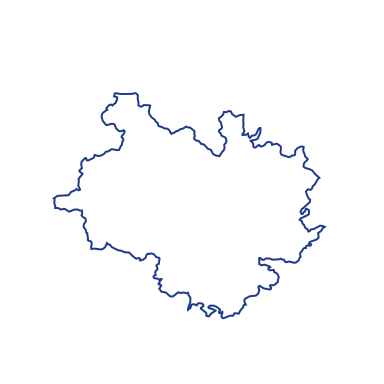 the border of Guizhou, rotated 49°
{"feature_id": "CHN-1153", "entity_name": "Guizhou", "entity_type": "Province", "adm_level": 1, "iso_a3": "CHN", "parent_name": "China", "parent_adm1": "", "projection": "robinson", "projection_center": [106.929, 26.939], "detail": "fine", "context": "isolated", "style": "outline", "palette": "blue", "viewbox_px": 384, "rotation_deg": 49, "n_neighbors": 0, "source": "natural_earth", "source_scale": "10m", "svg_char_len": 6077}
<svg xmlns="http://www.w3.org/2000/svg" viewBox="0 0 384 384"><g transform="rotate(49 192 192)"><path d="M231.4,78.2L233.2,80.5L234.9,81.5L237.1,82.1L239.2,83.2L243.2,83.1L243.5,84.1L243.7,88.3L245.4,90.7L246.2,91.2L248.2,90.7L252.1,88.2L254.8,87.1L259.5,87.3L264.9,86.6L264.8,88.1L265.2,90.0L266.8,94.3L266.9,97.2L268.1,99.4L268.3,100.4L268.0,101.3L266.4,102.3L266.0,103.1L266.4,105.6L269.6,107.2L272.9,108.0L274.0,108.2L275.2,107.8L276.9,109.7L277.1,118.6L276.9,120.1L278.1,123.1L280.3,123.7L281.2,123.0L280.6,121.4L280.8,119.4L279.5,117.3L279.9,116.4L282.5,115.7L285.4,118.3L285.4,119.5L283.2,127.7L283.6,129.0L285.9,128.2L288.5,129.3L290.4,129.0L292.5,129.8L294.2,129.9L295.6,129.2L298.2,130.1L298.7,128.9L298.3,126.7L299.8,124.5L301.5,117.4L303.2,115.8L305.4,114.7L305.1,116.9L306.1,120.4L305.7,123.7L308.9,125.9L309.5,126.6L309.7,127.4L309.6,129.3L307.1,135.5L307.2,136.8L307.6,137.4L309.3,136.5L310.0,136.8L310.2,137.4L309.8,138.4L308.3,139.6L307.9,140.5L307.9,141.8L309.0,142.8L308.0,143.9L307.8,145.2L308.7,147.8L308.9,149.9L309.9,151.4L312.2,152.5L312.2,153.7L313.6,156.5L313.4,159.8L312.4,161.4L308.2,164.3L306.5,167.3L305.1,167.5L303.5,167.0L302.0,168.3L300.6,168.7L299.8,170.7L295.5,176.0L293.4,176.8L290.7,179.7L290.3,182.5L288.9,183.5L286.4,183.8L286.0,184.3L286.1,184.9L287.9,186.1L290.4,188.5L292.8,187.7L294.5,184.9L298.9,182.3L300.1,182.3L299.6,184.4L300.3,185.0L301.1,185.1L302.4,184.4L304.4,181.4L306.3,182.5L308.5,181.5L311.0,181.5L313.4,182.5L314.2,184.1L316.2,186.3L316.2,190.7L315.6,191.9L313.7,194.0L314.2,195.0L316.2,195.1L316.9,196.0L316.7,197.2L311.8,201.1L307.4,202.4L306.9,203.2L307.8,204.7L309.7,205.3L310.6,206.1L312.2,208.8L312.1,211.8L308.6,216.8L307.4,221.7L307.8,223.2L308.8,224.3L312.3,225.3L311.5,226.6L311.4,227.5L312.5,229.0L313.2,233.5L314.5,236.4L311.6,239.2L311.5,240.3L312.3,241.5L312.0,242.6L310.3,244.4L308.0,251.0L307.1,251.6L305.5,251.6L304.4,250.5L302.9,248.0L302.3,247.7L301.9,250.3L301.1,250.8L300.2,250.3L299.6,248.4L298.8,247.9L294.6,248.9L292.1,250.1L289.6,253.0L289.6,255.2L290.5,255.5L294.4,252.9L297.0,252.1L296.3,257.5L297.0,260.8L295.0,262.4L292.6,260.5L285.7,261.9L285.3,261.2L285.6,258.7L285.1,257.6L283.7,257.4L282.3,258.0L280.9,259.2L280.1,260.5L280.1,261.5L280.7,262.8L277.9,264.2L277.0,265.6L277.0,267.1L278.5,269.2L278.3,272.3L277.3,271.5L274.2,265.8L270.8,262.6L267.7,262.2L265.4,261.1L264.7,262.8L262.4,264.1L261.1,266.5L258.6,268.3L258.4,274.4L257.6,276.0L255.9,277.1L250.9,277.6L247.1,280.5L243.5,280.1L242.7,277.2L242.2,276.5L241.2,276.7L240.0,277.7L239.3,277.5L239.2,276.1L237.9,274.7L238.0,272.8L237.8,272.2L237.0,272.8L236.4,274.4L234.5,274.9L233.0,276.6L231.7,277.1L230.7,276.8L230.3,275.9L230.8,273.8L228.4,272.5L227.9,271.4L227.8,269.2L227.3,268.4L224.0,267.0L223.9,266.1L224.4,264.2L220.9,260.1L220.0,260.1L217.6,261.7L213.9,261.6L211.5,263.1L210.7,265.0L209.5,265.9L209.8,268.0L211.3,270.5L211.0,273.2L210.0,275.7L209.4,276.1L209.0,275.3L207.4,275.1L206.8,275.4L205.8,277.9L201.5,278.8L196.5,279.1L193.1,282.5L189.6,284.1L187.6,285.9L181.2,288.6L177.8,288.6L176.6,289.6L174.8,289.6L176.6,293.7L176.6,296.0L175.7,298.4L170.7,302.8L169.0,305.3L168.2,305.0L164.6,301.0L162.7,300.8L160.8,302.0L159.9,302.1L158.0,300.3L156.7,299.8L154.4,298.0L153.5,298.5L150.9,297.0L147.3,296.7L146.1,295.7L145.2,294.2L144.6,291.4L144.0,290.9L141.9,289.8L139.1,290.8L137.1,290.7L136.3,289.1L133.8,287.2L132.7,288.7L130.0,289.9L127.8,292.8L126.3,297.6L121.1,299.2L119.0,302.7L116.4,303.5L114.2,305.8L112.8,304.3L110.1,303.3L108.0,301.1L106.9,300.2L106.2,300.4L106.5,296.9L106.8,295.9L113.1,287.7L113.4,286.8L112.6,283.3L113.8,279.8L114.0,277.2L116.3,276.6L116.9,275.3L116.4,274.7L112.7,273.7L109.4,270.1L107.5,268.8L106.7,262.9L106.2,262.6L103.4,263.4L101.9,263.0L101.8,259.5L98.4,257.4L96.7,255.5L96.3,250.4L96.9,249.8L99.2,250.6L100.1,249.6L101.5,244.5L101.3,242.8L100.2,241.1L103.3,239.2L104.8,236.8L105.6,233.0L105.1,230.6L106.4,228.6L106.8,225.0L107.5,224.0L111.1,221.2L112.4,219.5L110.7,215.7L110.3,213.8L108.4,211.7L107.9,209.8L106.4,209.0L104.3,209.1L103.6,208.0L103.4,205.6L102.3,203.3L101.6,202.9L100.5,203.1L100.0,205.0L98.9,206.5L97.9,207.2L93.7,207.5L90.7,206.2L89.1,206.5L87.3,208.7L85.8,212.3L85.0,212.9L79.9,212.7L76.7,211.3L74.9,209.8L73.9,207.9L73.9,204.4L74.4,202.0L72.7,201.8L72.0,198.1L72.7,195.9L74.6,195.2L74.4,193.3L74.7,191.2L73.9,190.1L73.5,188.7L71.9,186.7L71.1,186.4L68.7,188.1L67.1,185.8L67.2,184.9L71.3,181.5L78.2,173.4L80.0,170.1L81.0,169.5L83.6,169.4L86.1,171.9L89.4,173.7L91.5,175.6L92.7,175.4L94.5,174.1L94.8,171.3L98.7,167.2L99.4,166.9L102.9,171.8L105.6,173.2L109.2,173.5L113.2,172.7L115.4,173.2L117.5,172.6L119.7,173.8L120.6,173.8L123.3,172.1L125.9,171.1L127.5,169.5L129.2,168.7L131.6,168.8L133.6,169.5L134.6,169.3L134.8,167.9L135.6,166.7L135.7,164.3L136.6,162.8L136.8,160.0L138.1,157.5L138.9,153.4L140.3,153.0L141.9,151.3L146.6,150.3L148.3,150.6L149.7,152.2L151.6,153.1L152.7,155.1L153.6,155.5L156.3,154.9L157.2,153.9L158.2,153.4L161.9,153.5L163.3,152.2L164.5,151.8L170.1,151.6L171.4,150.6L172.8,150.1L176.1,151.0L178.1,151.0L180.5,149.7L183.0,147.8L181.6,143.3L181.2,140.1L179.8,138.3L177.4,136.6L177.0,133.7L176.2,132.6L173.1,131.0L168.9,132.7L166.7,132.0L164.0,132.0L163.3,131.0L163.2,129.4L163.5,128.0L162.9,126.9L158.4,124.6L155.9,124.6L153.9,123.3L154.3,121.4L154.1,117.9L152.5,115.4L154.2,113.8L155.1,111.1L156.8,109.8L159.5,110.6L164.0,109.6L165.4,105.4L167.5,102.4L171.9,106.6L175.0,108.9L176.1,110.5L180.6,112.7L181.1,113.6L181.2,115.8L182.2,116.4L184.2,113.8L184.6,111.4L187.6,112.9L189.1,112.9L188.9,109.8L190.2,107.6L190.5,105.8L188.0,100.2L188.0,99.2L188.6,98.5L189.5,98.9L192.2,101.8L194.9,107.7L193.6,111.1L192.0,113.3L191.9,114.2L195.0,113.9L196.1,114.3L197.7,115.8L199.2,115.8L200.1,114.9L200.1,111.9L200.6,110.5L202.3,110.6L203.7,108.9L204.2,106.2L203.6,103.6L204.2,101.5L206.9,99.6L207.5,99.7L208.9,100.6L211.2,96.2L215.0,95.2L216.1,95.3L217.3,96.2L220.2,99.2L221.9,99.9L223.0,99.8L229.3,96.0L229.8,95.0L230.2,92.3L231.4,90.9L231.5,90.1L231.0,89.2L228.5,87.0L228.1,83.5L229.2,80.1L230.1,78.8L231.4,78.2Z" fill="none" stroke="#1e3a8a" stroke-width="2"/></g></svg>